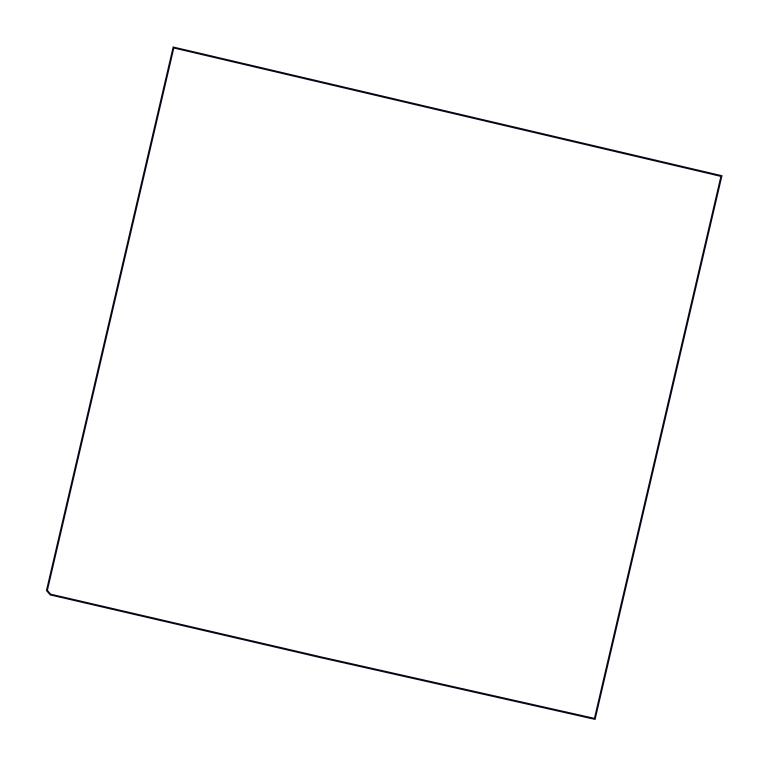 the district of Saline, Nebraska, United States of America, rotated 103°
{"feature_id": "52423323B35971436887727", "entity_name": "Saline", "entity_type": "district", "adm_level": 2, "iso_a3": "USA", "parent_name": "United States of America", "parent_adm1": "Nebraska", "projection": "albers", "projection_center": [-97.109, 40.524], "detail": "fine", "context": "isolated", "style": "outline", "palette": "ink", "viewbox_px": 768, "rotation_deg": 103, "n_neighbors": 0, "source": "geoboundaries", "source_scale": "gbopen_adm2", "svg_char_len": 250}
<svg xmlns="http://www.w3.org/2000/svg" viewBox="0 0 768 768"><g transform="rotate(103 384 384)"><path d="M105.5,102.0L103.5,664.8L661.0,666.0L664.2,661.6L664.5,385.0L662.9,103.3L105.5,102.0Z" fill="none" stroke="#020617" stroke-width="2"/></g></svg>